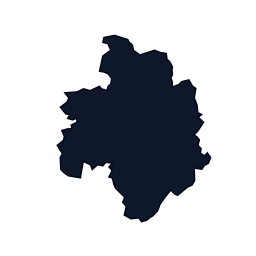 Camargo, Rio Grande do Sul, Brazil (Albers equal-area conic projection), rotated 252°
{"feature_id": "56859067B59406769241817", "entity_name": "Camargo", "entity_type": "district", "adm_level": 2, "iso_a3": "BRA", "parent_name": "Brazil", "parent_adm1": "Rio Grande do Sul", "projection": "albers", "projection_center": [-52.218, -28.61], "detail": "fine", "context": "isolated", "style": "filled", "palette": "ink", "viewbox_px": 256, "rotation_deg": 252, "n_neighbors": 0, "source": "geoboundaries", "source_scale": "gbopen_adm2", "svg_char_len": 1528}
<svg xmlns="http://www.w3.org/2000/svg" viewBox="0 0 256 256"><g transform="rotate(252 128 128)"><path d="M193.7,177.2L193.8,161.8L200.2,157.2L205.6,157.8L209.2,155.5L212.2,155.1L216.4,149.2L220.2,143.9L221.5,133.1L217.2,130.6L214.5,135.0L207.3,135.6L204.2,126.3L190.8,118.5L188.7,122.4L185.8,125.7L180.2,127.8L175.2,125.3L173.8,122.0L170.2,119.6L173.3,115.0L176.5,113.7L175.2,103.5L179.0,97.8L178.0,90.7L179.2,86.0L181.0,78.9L174.7,81.0L171.5,78.1L168.7,70.1L163.9,71.9L160.5,73.4L158.9,77.0L155.8,73.6L152.8,78.0L153.3,82.1L149.4,81.5L148.3,74.9L144.6,74.5L145.8,70.5L146.1,64.3L139.6,64.9L136.2,62.8L133.4,55.4L128.0,56.6L124.1,57.8L120.6,54.4L109.4,51.3L104.8,53.6L100.9,56.7L95.4,67.3L110.1,75.1L104.6,81.0L99.6,81.2L102.5,87.8L99.8,92.4L102.2,96.4L99.4,102.3L96.7,97.9L92.4,99.8L87.3,94.7L85.3,97.7L78.7,97.2L74.7,97.5L63.2,103.5L59.0,100.1L54.2,102.1L50.7,100.2L46.3,97.6L40.8,102.7L39.2,110.5L34.7,111.9L34.5,117.3L36.0,120.7L36.9,124.6L40.2,130.6L45.9,135.2L51.0,142.1L55.8,149.6L50.9,151.9L48.7,154.4L53.4,166.2L54.0,171.3L57.4,175.1L69.4,178.6L66.0,185.5L68.8,189.1L69.6,193.5L74.4,197.4L79.8,195.8L77.9,192.2L81.6,189.0L85.9,191.1L89.9,189.1L94.6,192.2L97.8,191.1L101.1,188.6L103.3,193.1L110.1,201.6L116.5,198.1L118.1,202.2L121.0,199.1L128.4,200.7L136.1,200.3L144.6,204.7L148.1,202.2L154.9,200.8L155.5,193.4L153.6,190.1L153.3,182.8L158.6,184.4L162.3,184.2L165.0,186.7L169.4,187.7L172.5,189.1L178.5,188.0L181.3,186.3L187.0,187.4L189.8,182.1L193.7,177.2Z" fill="#0f172a" stroke="#020617" stroke-width="1.5"/></g></svg>